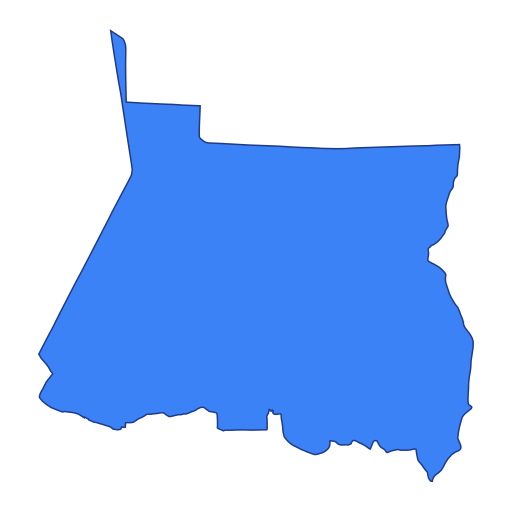 the district of Sai Mai, Bangkok Metropolis, Thailand
{"feature_id": "78962969B64116960890602", "entity_name": "Sai Mai", "entity_type": "district", "adm_level": 2, "iso_a3": "THA", "parent_name": "Thailand", "parent_adm1": "Bangkok Metropolis", "projection": "robinson", "projection_center": [100.659, 13.912], "detail": "fine", "context": "isolated", "style": "filled", "palette": "blue", "viewbox_px": 512, "rotation_deg": 0, "n_neighbors": 0, "source": "geoboundaries", "source_scale": "gbopen_adm2", "svg_char_len": 6043}
<svg xmlns="http://www.w3.org/2000/svg" viewBox="0 0 512 512"><path d="M432.3,481.3L432.4,480.5L432.8,479.0L433.1,478.3L433.9,476.8L434.8,475.7L437.2,473.6L438.2,473.0L439.4,471.9L441.4,470.0L443.4,466.7L444.8,463.9L446.3,461.3L447.9,458.9L449.4,457.1L450.5,456.1L450.9,455.4L451.9,454.4L454.2,452.8L455.0,452.3L458.0,451.0L459.3,450.2L459.9,449.7L460.5,449.0L460.7,448.4L460.9,447.6L460.6,445.2L459.8,443.1L458.0,439.0L457.9,438.3L457.8,437.5L458.4,432.2L459.1,428.6L460.0,424.8L461.5,419.3L462.2,417.4L462.6,416.6L463.6,415.2L465.3,413.4L466.4,412.5L471.2,408.6L471.8,407.3L471.5,406.6L471.1,406.3L469.2,405.0L468.8,404.7L468.5,404.2L468.0,401.7L468.0,398.0L468.2,393.2L468.5,388.9L468.6,383.5L469.2,377.3L470.2,371.7L470.6,368.9L470.8,366.5L471.1,360.2L472.9,348.8L473.1,345.8L473.2,342.0L473.0,341.1L472.7,339.9L471.8,337.4L470.7,335.4L469.7,333.8L465.2,328.0L464.5,326.7L463.8,325.1L463.5,324.0L463.4,322.7L463.1,321.2L462.1,318.2L460.4,314.1L459.6,311.7L458.2,308.5L457.7,307.4L455.5,304.7L454.1,302.5L451.5,298.1L450.7,296.5L449.3,293.4L448.0,289.5L447.0,286.5L445.7,282.5L445.5,280.6L445.4,278.9L445.5,277.5L445.8,275.7L445.8,275.0L445.7,274.5L445.1,273.2L444.2,272.0L441.9,269.6L440.3,268.2L438.7,266.9L435.8,265.2L429.0,261.6L428.1,260.8L427.9,260.5L427.8,260.1L428.0,257.6L428.4,255.6L428.6,252.9L428.1,249.9L428.1,249.3L428.4,248.7L429.0,247.7L430.2,246.9L431.0,245.9L431.4,245.5L433.2,244.8L435.0,243.7L438.0,241.4L440.7,238.6L441.6,237.2L442.5,236.1L443.1,235.1L444.2,233.8L445.0,232.3L445.0,231.4L445.1,231.0L447.8,226.7L448.0,226.3L448.1,225.3L447.9,223.7L447.0,219.8L446.7,218.1L446.3,214.7L445.8,207.2L445.9,205.1L446.7,201.5L449.5,193.1L450.5,190.9L452.3,188.6L453.0,187.1L453.2,186.3L453.4,182.3L453.8,180.9L454.3,179.4L454.8,178.4L455.3,177.7L456.9,176.0L457.1,175.6L457.2,175.2L457.4,174.2L457.5,169.8L457.9,164.9L458.3,162.2L459.3,157.4L459.4,156.2L459.8,147.6L459.5,144.5L457.0,144.7L454.2,144.7L448.5,144.9L436.9,145.2L428.7,145.7L410.6,146.1L357.0,147.9L351.6,148.2L344.9,148.6L335.4,148.7L321.7,148.4L314.0,147.9L304.2,147.6L291.6,147.0L279.2,146.2L249.9,145.1L219.3,143.4L209.3,143.0L207.7,142.8L205.9,142.4L204.6,141.8L201.7,139.7L200.0,138.1L199.5,137.3L199.3,136.7L199.3,135.9L199.2,132.5L199.4,124.7L200.2,105.8L182.9,105.1L172.4,104.4L165.4,104.2L140.2,103.0L126.2,102.1L125.7,76.8L125.6,64.4L125.8,48.5L125.5,45.0L124.7,42.3L123.7,40.0L122.9,38.9L122.2,38.3L110.7,30.7L111.9,39.6L114.3,55.2L118.5,81.2L120.7,93.3L126.9,134.4L131.6,164.7L132.2,169.3L132.0,172.2L131.7,173.7L131.3,175.3L130.8,176.5L127.5,182.9L123.7,190.0L111.6,213.0L108.2,220.0L105.6,224.9L89.5,256.2L80.3,273.8L75.7,282.4L60.5,311.9L51.5,329.9L49.4,333.6L38.8,354.1L40.9,357.8L41.5,358.7L44.9,362.4L47.9,366.3L48.3,366.9L50.8,371.3L52.6,373.4L52.7,373.7L52.7,373.9L48.0,379.7L46.0,382.4L44.3,385.9L43.5,387.4L42.9,388.7L40.7,392.5L40.2,393.8L39.7,395.2L39.4,396.6L39.5,397.3L39.7,397.8L42.2,400.9L43.7,402.2L46.0,404.1L47.8,405.4L49.9,406.6L50.1,407.0L52.0,407.9L57.9,410.3L62.5,411.9L63.0,411.9L64.0,411.6L64.8,411.5L69.1,412.1L71.1,412.3L75.0,413.0L77.9,413.9L78.6,414.2L81.0,415.7L84.3,417.8L84.5,417.1L88.4,419.0L88.4,419.5L88.5,419.8L93.8,422.1L96.2,422.5L100.5,423.8L102.1,424.2L109.8,426.7L110.6,427.0L111.0,427.3L112.8,428.8L113.2,429.1L117.7,429.8L118.6,429.7L120.0,429.4L120.5,429.2L121.0,428.6L121.6,427.1L124.5,427.3L125.3,427.2L125.5,424.3L125.6,422.7L125.9,422.6L126.4,422.7L131.4,422.6L133.6,422.1L134.0,421.9L138.4,418.9L139.4,418.4L141.1,417.7L142.6,417.0L145.8,415.0L146.4,414.6L147.0,414.3L147.6,414.2L150.8,414.2L152.4,414.0L154.7,413.7L157.0,413.5L160.7,412.8L163.2,412.8L163.5,412.9L165.1,413.9L165.3,414.1L165.5,414.3L166.4,415.0L168.8,416.4L169.1,416.5L170.1,416.6L171.1,416.4L178.2,414.7L179.5,414.7L180.5,414.7L181.3,414.6L183.9,413.9L185.5,414.0L186.6,413.8L188.6,413.1L191.1,411.9L192.8,411.4L194.8,410.6L196.1,409.9L197.3,409.0L199.6,407.9L201.5,407.2L202.3,407.2L203.3,407.2L205.2,408.3L206.0,409.1L209.2,411.3L210.6,411.7L212.9,412.0L214.2,412.2L215.8,412.7L216.3,412.9L216.7,413.2L217.0,414.0L217.2,415.1L217.5,420.9L217.5,425.7L217.4,427.3L217.4,427.9L217.5,428.1L218.1,428.5L221.2,429.8L223.4,430.8L223.6,430.8L224.5,430.3L224.9,430.2L231.7,430.2L235.4,430.0L239.5,429.9L244.5,429.9L251.7,430.1L257.1,430.0L261.3,429.9L266.3,429.8L266.9,429.7L267.2,428.4L267.1,426.2L267.2,424.9L267.0,418.3L266.7,416.5L267.2,415.3L268.5,412.9L268.8,411.5L269.0,409.7L269.4,409.4L270.7,410.9L271.1,411.2L271.4,411.1L271.5,411.0L271.9,410.2L272.2,410.1L272.4,410.2L273.2,410.8L273.3,411.1L272.9,412.0L272.8,412.4L272.9,412.8L273.5,413.7L274.3,414.1L275.2,414.4L276.2,414.3L280.3,413.8L280.7,413.9L280.9,414.1L281.1,415.1L281.4,419.0L282.0,421.9L282.7,427.1L282.8,428.7L282.8,429.8L283.2,432.5L283.7,434.7L284.3,436.8L285.3,438.2L288.4,441.8L292.3,444.9L300.6,449.1L303.0,450.2L304.3,450.6L306.8,451.8L306.9,451.7L307.2,451.8L308.8,452.5L312.0,453.7L314.6,454.5L315.1,454.6L318.3,454.0L319.0,453.8L320.3,453.3L321.6,453.0L323.1,452.4L325.3,451.1L326.5,450.2L327.6,449.2L328.5,448.1L329.1,447.1L329.5,446.0L329.8,445.2L329.9,443.6L329.9,441.3L330.0,441.0L330.1,440.8L330.9,440.8L332.2,441.1L333.6,441.2L334.9,441.5L336.1,442.2L337.8,443.7L338.8,444.4L340.6,444.9L342.3,445.0L345.3,444.8L347.6,444.9L348.8,444.8L351.0,443.8L351.6,442.3L352.2,441.3L352.8,440.8L353.4,440.5L353.6,440.5L354.9,440.6L355.9,440.9L359.9,443.1L362.5,444.2L365.5,445.9L369.3,448.7L369.9,449.0L370.2,449.1L370.3,449.0L370.4,448.9L372.6,443.3L373.0,442.4L373.4,441.7L374.4,440.7L374.7,440.6L376.8,440.7L378.6,444.0L379.5,445.5L380.5,446.9L381.5,447.6L384.4,449.5L384.9,449.9L386.0,451.7L386.3,452.1L386.6,452.3L387.2,452.5L388.2,452.3L389.4,451.7L391.2,451.0L393.8,450.3L397.7,449.5L398.2,449.5L400.4,450.2L406.8,450.2L409.5,450.0L413.7,449.1L414.9,449.0L415.8,449.1L416.0,449.4L416.3,451.1L416.5,452.8L416.9,455.1L417.6,458.7L418.0,460.1L419.1,461.8L420.8,463.7L422.7,466.1L424.3,468.5L426.1,470.8L427.2,471.9L427.5,472.9L428.3,477.2L428.8,478.4L429.7,479.9L430.8,481.1L431.0,481.2L432.3,481.3Z" fill="#3b82f6" stroke="#1e3a8a" stroke-width="1.5"/></svg>